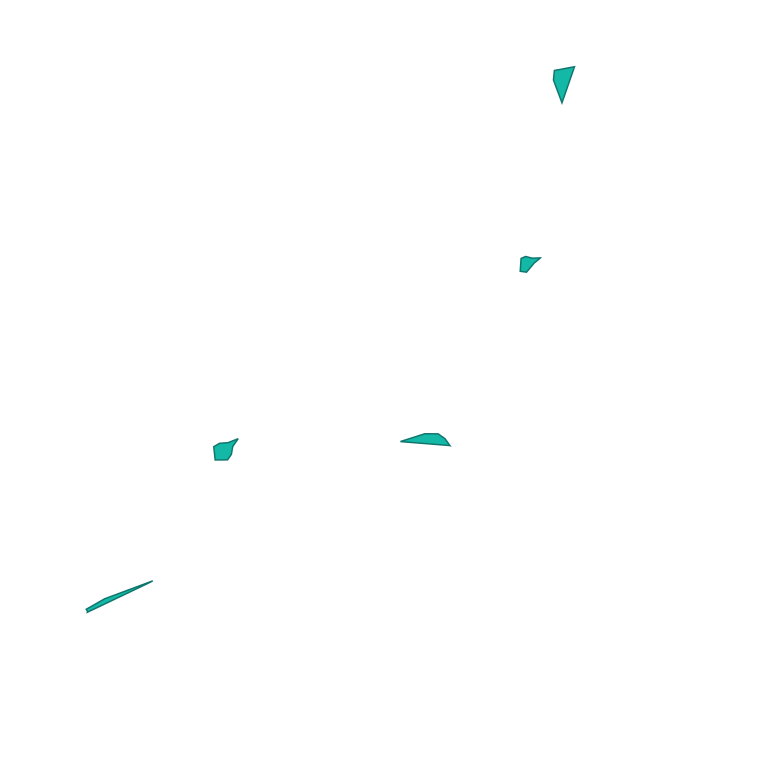 outline of Noonu, rotated 40°
{"feature_id": "MDV-5227", "entity_name": "Noonu", "entity_type": "Atoll", "adm_level": 1, "iso_a3": "MDV", "parent_name": "Maldives", "parent_adm1": "", "projection": "natural_earth1", "projection_center": [73.406, 5.842], "detail": "fine", "context": "isolated", "style": "filled", "palette": "teal", "viewbox_px": 768, "rotation_deg": 40, "n_neighbors": 0, "source": "natural_earth", "source_scale": "10m", "svg_char_len": 697}
<svg xmlns="http://www.w3.org/2000/svg" viewBox="0 0 768 768"><g transform="rotate(40 384 384)"><path d="M326.0,18.5L339.6,54.2L318.4,42.2L313.0,34.3L326.0,18.5ZM474.1,388.8L473.9,388.9L434.4,417.0L433.6,417.5L447.2,395.9L457.5,387.4L465.9,386.7L474.1,388.8ZM307.5,519.6L307.5,520.3L308.3,529.1L312.3,536.0L312.9,542.4L312.9,542.7L303.5,550.7L293.9,541.5L296.1,535.2L302.3,529.1L307.5,519.6ZM333.4,683.4L332.4,686.0L303.5,749.5L303.3,749.0L301.5,748.2L301.3,748.1L300.7,747.9L308.1,728.0L333.4,683.4ZM422.7,186.9L422.7,187.4L421.3,194.9L421.3,195.1L421.3,201.7L421.3,206.7L415.9,210.1L408.3,199.7L410.5,195.3L416.7,192.3L422.7,186.9Z" fill="#14b8a6" stroke="#0f766e" stroke-width="1.5"/></g></svg>